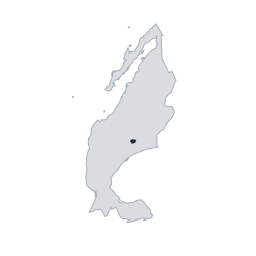 Bustamante, Tamaulipas, Mexico (highlighted), rotated 65°
{"feature_id": "50627088B16485273598132", "entity_name": "Bustamante", "entity_type": "district", "adm_level": 2, "iso_a3": "MEX", "parent_name": "Mexico", "parent_adm1": "Tamaulipas", "projection": "equal_earth", "projection_center": [-99.943, 23.324], "detail": "fine", "context": "in_parent", "style": "filled", "palette": "slate", "viewbox_px": 256, "rotation_deg": 65, "n_neighbors": 0, "source": "geoboundaries", "source_scale": "gbopen_adm2", "svg_char_len": 4443}
<svg xmlns="http://www.w3.org/2000/svg" viewBox="0 0 256 256"><g transform="rotate(65 128 128)"><path d="M45.5,58.7L59.0,57.3L58.3,58.9L79.2,67.7L95.2,67.7L95.3,64.3L105.2,64.4L106.9,66.8L113.7,73.3L115.3,78.8L116.5,80.9L122.9,85.3L125.0,83.6L126.6,79.6L128.6,78.7L133.3,79.4L137.2,83.9L139.8,90.4L144.3,96.4L144.6,100.1L146.6,104.8L156.6,109.3L158.0,108.6L155.0,120.8L154.1,135.4L154.6,138.6L157.2,142.9L156.7,145.2L156.8,142.8L154.6,139.2L155.3,142.5L158.0,149.5L162.4,156.2L163.4,160.4L166.4,164.7L165.6,164.5L167.3,165.6L166.8,165.0L170.0,165.5L172.3,167.0L174.3,169.7L179.6,167.6L183.6,167.3L186.2,165.7L188.9,165.4L189.5,166.0L189.3,166.9L191.6,167.4L193.1,166.1L192.6,163.9L191.9,164.4L192.1,164.0L196.1,160.3L196.4,157.3L197.5,155.6L197.4,150.8L198.1,147.2L201.2,145.1L206.7,144.0L209.1,142.8L211.8,142.5L216.3,143.8L216.6,143.0L215.4,143.0L216.9,142.4L218.8,144.0L219.1,146.1L218.3,149.0L215.5,153.4L215.5,156.3L214.1,158.1L214.4,158.7L215.6,158.5L214.3,160.3L214.4,161.1L215.3,160.8L213.7,168.2L213.2,168.9L212.2,167.2L212.0,164.4L210.7,167.3L209.4,167.5L207.8,171.3L205.9,171.3L205.7,172.5L194.9,172.5L194.9,177.0L192.5,177.0L198.5,183.9L198.3,186.4L190.7,186.5L188.0,192.8L188.8,194.4L187.9,198.7L182.2,191.4L177.7,186.6L175.0,184.7L174.6,185.2L177.2,186.9L173.2,185.4L173.5,184.2L172.5,184.7L171.8,183.7L171.1,184.8L172.4,185.3L170.4,185.6L168.5,187.2L162.3,189.8L158.2,187.8L154.8,187.3L152.6,185.4L150.3,184.6L148.8,182.7L143.3,181.3L136.4,177.4L132.0,173.8L130.1,171.4L125.5,170.6L121.1,168.5L118.4,164.5L112.3,160.7L109.2,155.4L108.1,152.1L110.6,150.6L110.2,149.2L109.1,148.8L110.7,146.4L110.9,143.4L109.7,142.4L108.4,139.5L108.5,136.9L107.7,134.5L104.2,130.1L101.1,124.7L96.4,120.1L97.8,121.0L97.9,120.0L95.4,119.0L93.5,115.4L94.9,115.5L91.2,113.0L90.7,111.8L89.3,112.3L89.1,111.7L90.2,110.3L88.3,111.4L87.3,110.4L87.1,108.0L88.5,105.9L88.9,106.3L88.1,104.2L86.9,102.8L85.4,102.9L84.4,100.0L82.5,99.3L81.4,98.1L80.6,95.6L81.2,93.9L77.8,93.2L72.2,85.1L71.9,83.2L71.1,82.6L67.6,72.8L67.4,69.8L67.9,68.8L64.7,67.5L64.0,66.0L63.0,65.4L61.8,66.3L57.5,63.4L58.2,65.3L57.5,69.0L58.4,71.9L58.9,77.5L63.2,82.5L64.5,85.8L65.2,85.7L65.5,86.7L66.2,86.8L66.7,89.0L68.0,89.7L68.6,94.2L70.8,96.6L71.5,99.1L72.5,100.0L73.2,103.0L74.1,103.8L73.7,101.5L74.9,102.8L76.3,109.9L77.7,111.9L79.6,117.0L79.2,119.2L79.6,121.1L81.2,123.0L81.9,121.1L86.6,127.8L86.1,130.3L84.2,132.2L83.1,132.4L81.2,126.9L73.7,119.5L73.0,119.6L71.5,117.3L71.2,115.7L71.8,112.2L71.2,109.0L70.1,106.6L66.5,103.8L65.9,101.0L65.1,102.2L63.2,102.7L61.9,100.8L58.5,98.9L58.1,97.3L55.6,94.9L55.4,94.1L58.0,94.6L59.6,93.9L59.6,94.6L60.9,95.4L60.4,93.5L59.8,93.4L61.2,89.7L56.5,82.6L52.5,79.5L51.8,78.0L51.9,75.4L50.9,74.6L50.7,71.6L49.4,70.4L49.3,68.6L47.6,65.9L47.4,64.6L48.0,63.8L46.8,62.7L45.5,58.7ZM71.9,85.2L71.4,87.0L70.1,86.4L70.8,83.7L71.6,83.5L71.9,85.2ZM66.5,84.9L64.7,82.9L64.3,80.9L65.2,81.6L65.4,82.7L66.4,83.0L66.5,84.9ZM218.3,152.8L217.9,152.2L218.1,151.3L219.3,150.6L218.3,152.8ZM71.5,119.5L70.2,117.6L71.1,113.8L70.8,117.3L71.5,119.5ZM54.7,92.4L53.7,92.1L54.4,90.1L54.8,91.6L54.7,92.4ZM37.5,85.7L36.7,84.4L36.9,83.9L37.2,83.9L37.5,85.7ZM72.7,119.6L73.5,121.1L71.8,119.6L72.7,119.6ZM103.4,142.5L103.2,143.1L102.8,142.9L102.6,141.8L103.4,142.5ZM80.1,115.7L80.4,116.9L79.5,115.4L80.1,115.7ZM77.0,108.0L77.5,108.5L76.7,109.5L77.0,108.0ZM77.0,165.2L76.6,165.3L76.1,164.8L76.5,164.2L77.0,165.2ZM190.8,165.4L189.9,165.7L191.5,165.0L190.8,165.4ZM84.6,122.4L84.1,122.2L84.1,121.1L84.6,122.4Z" fill="#d9dde1" stroke="#a8b0b8" stroke-width="1"/><path d="M140.9,129.8L140.8,130.0L140.8,130.4L140.8,130.5L141.0,130.6L141.1,130.8L141.4,130.8L141.4,130.7L141.5,130.6L141.5,130.4L141.5,130.2L141.4,130.2L141.5,130.0L141.6,129.9L141.7,129.7L141.8,129.7L142.0,130.0L141.9,130.1L142.0,130.2L142.1,130.5L142.3,130.4L142.3,130.5L142.4,130.4L142.3,130.1L142.3,129.9L142.5,129.8L142.6,130.2L142.9,130.3L142.9,130.2L143.0,130.2L143.1,130.3L143.2,129.9L143.3,129.5L143.3,129.4L143.5,129.5L143.5,129.4L143.5,129.2L143.5,128.8L143.6,128.6L143.5,128.2L143.5,127.9L143.4,127.6L143.2,127.4L143.0,127.5L142.9,127.6L142.8,127.8L142.7,127.8L142.6,127.5L142.4,127.7L142.2,127.6L142.2,127.3L142.0,127.5L141.9,127.7L141.9,127.8L141.8,127.7L141.8,127.8L141.9,128.3L141.9,128.5L141.7,128.6L141.4,128.5L141.2,128.5L140.9,128.7L140.8,128.8L140.7,128.9L140.7,129.0L140.8,129.0L141.0,129.1L141.0,129.3L140.9,129.6L140.9,129.8L140.9,129.8Z" fill="#64748b" stroke="#1e293b" stroke-width="1.5"/></g></svg>